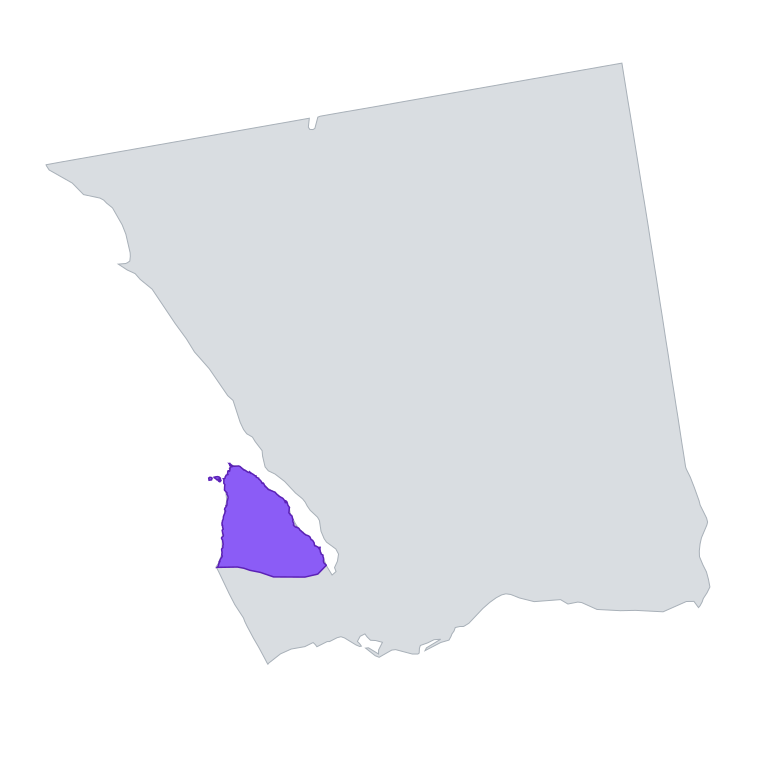 location of Janub Sina' within Egypt, rotated 170°
{"feature_id": "EGY-1557", "entity_name": "Janub Sina'", "entity_type": "Governorate", "adm_level": 1, "iso_a3": "EGY", "parent_name": "Egypt", "parent_adm1": "", "projection": "robinson", "projection_center": [33.959, 28.827], "detail": "fine", "context": "in_parent", "style": "filled", "palette": "violet", "viewbox_px": 768, "rotation_deg": 170, "n_neighbors": 0, "source": "natural_earth", "source_scale": "10m", "svg_char_len": 7781}
<svg xmlns="http://www.w3.org/2000/svg" viewBox="0 0 768 768"><g transform="rotate(170 384 384)"><path d="M678.7,658.6L662.6,658.7L646.4,658.7L630.3,658.7L614.2,658.7L598.0,658.7L581.9,658.7L565.8,658.7L549.6,658.7L533.5,658.7L517.4,658.7L501.2,658.7L485.1,658.7L469.0,658.7L452.8,658.7L436.7,658.7L420.6,658.7L411.4,658.7L412.9,653.6L413.9,650.1L412.9,647.6L409.7,646.9L407.7,647.7L402.8,658.3L400.3,658.8L394.5,658.8L375.8,658.8L357.0,658.7L338.2,658.7L319.4,658.7L300.6,658.7L281.8,658.7L263.1,658.7L244.3,658.7L225.5,658.7L206.7,658.7L187.9,658.7L169.1,658.7L150.3,658.7L131.6,658.7L112.8,658.7L94.0,658.7L94.2,645.9L94.4,633.2L94.6,620.4L94.7,607.6L94.9,594.8L95.1,582.1L95.3,569.3L95.5,556.5L95.7,543.7L95.9,531.0L96.0,518.2L96.2,505.4L96.4,492.6L96.7,479.9L96.9,467.1L97.2,454.3L97.4,441.5L97.7,428.8L98.0,416.0L98.2,403.2L98.5,390.4L98.8,377.7L99.0,364.9L99.3,352.1L99.6,339.3L99.8,326.6L100.1,313.8L100.3,301.0L100.6,288.2L100.9,275.5L101.1,262.7L101.4,249.9L101.0,247.5L98.5,238.9L96.3,227.8L94.0,214.3L93.7,209.9L89.6,195.9L89.3,191.9L90.5,189.1L98.1,177.4L100.5,171.6L102.5,164.8L103.3,159.2L101.4,150.7L99.1,143.0L98.4,135.2L98.3,127.5L102.2,122.2L106.8,117.3L108.5,114.2L111.2,110.8L113.1,109.2L116.5,116.1L124.0,117.3L148.7,111.2L175.6,117.4L190.5,119.7L213.4,125.0L227.2,134.4L231.0,135.6L241.1,135.4L247.6,141.0L273.9,143.6L287.8,149.8L295.7,154.7L300.4,156.2L304.7,155.9L310.4,154.1L317.7,150.6L325.6,145.8L342.0,133.6L347.7,131.4L351.5,132.0L356.1,131.8L358.0,128.5L360.4,126.2L362.0,123.6L364.5,120.5L372.9,119.6L389.9,114.3L388.0,116.8L372.5,122.8L379.1,123.5L385.9,121.5L393.6,120.2L395.0,117.6L396.1,112.9L397.5,112.2L402.9,113.1L418.7,120.4L422.6,120.6L433.8,116.6L436.2,115.7L439.8,117.9L448.0,127.1L445.1,126.9L436.3,119.1L435.5,123.0L430.4,129.9L436.7,132.8L441.8,134.0L444.5,137.8L446.2,141.2L451.3,139.7L454.9,135.1L453.1,132.5L451.8,129.8L453.5,129.7L456.9,131.9L467.0,140.8L470.3,142.6L474.2,142.3L482.4,139.8L484.7,140.2L495.7,136.9L496.9,139.3L498.7,141.7L507.6,139.1L521.4,139.1L532.8,136.2L545.9,129.2L547.0,128.2L547.7,129.9L549.2,134.7L553.2,146.8L556.7,156.3L561.0,169.5L562.4,174.5L563.0,178.0L569.2,192.5L572.9,204.4L575.6,214.1L579.5,228.2L581.1,233.1L578.5,235.7L573.1,244.9L567.3,274.0L559.1,296.8L558.2,311.1L556.9,316.2L552.9,323.5L548.2,330.6L539.7,326.9L525.8,314.4L517.8,302.6L509.2,295.0L501.0,284.9L498.8,277.6L498.9,272.9L495.4,261.5L492.8,256.1L482.9,244.0L480.0,237.5L477.9,234.7L475.7,230.6L472.2,214.9L468.3,204.9L463.8,207.6L464.6,211.8L460.6,217.6L458.3,224.4L460.1,229.9L468.1,238.3L469.8,242.0L471.6,249.9L471.3,260.7L472.6,264.4L478.6,272.4L480.8,277.2L482.1,281.3L484.1,285.0L490.1,292.0L498.8,305.3L507.0,314.3L513.0,318.6L515.5,323.0L516.1,334.2L515.6,339.5L520.8,349.5L522.8,354.6L527.8,358.8L530.2,363.5L532.3,371.2L535.5,394.0L539.9,399.6L553.5,429.5L565.1,448.5L570.7,462.6L579.2,479.9L595.9,517.7L605.9,529.3L609.9,535.9L617.1,540.9L624.9,548.2L617.4,547.5L615.6,548.0L613.0,549.2L611.7,553.6L611.2,557.2L612.2,576.4L614.2,586.2L620.8,604.6L625.7,610.2L628.1,613.8L631.4,616.4L647.0,622.7L656.1,636.0L676.6,652.9L678.6,657.6L678.7,658.6Z" fill="#d9dde1" stroke="#a8b0b8" stroke-width="1"/><path d="M580.2,232.4L579.7,232.7L579.3,233.0L579.0,233.4L578.7,233.9L578.4,234.6L578.2,235.2L578.0,235.6L577.3,235.9L577.5,235.9L577.7,236.0L577.7,236.3L577.3,236.5L577.0,236.8L576.9,237.2L577.0,237.5L576.6,237.6L576.4,237.7L576.4,237.9L576.7,238.2L576.2,238.8L575.0,240.6L574.8,240.8L574.3,241.1L574.0,241.3L573.9,241.7L573.7,242.0L573.5,242.3L573.1,242.6L573.1,242.9L573.5,243.7L573.3,244.5L573.0,245.3L572.7,246.0L572.7,249.0L572.5,249.7L571.9,250.2L571.3,250.6L571.1,250.9L571.0,251.7L570.8,252.6L570.5,253.5L570.1,254.2L570.2,254.9L570.1,258.3L570.2,258.9L570.7,259.6L570.8,260.2L570.6,260.9L570.3,261.2L569.8,261.4L568.8,262.1L568.6,262.4L568.4,263.2L568.5,263.5L568.7,264.7L568.8,268.1L567.5,269.0L567.5,269.4L567.6,269.9L567.8,270.7L567.8,271.5L567.5,272.2L567.7,272.4L567.8,272.6L568.1,273.3L567.7,273.6L567.6,273.9L567.7,274.3L567.8,274.7L567.7,275.3L567.5,275.7L567.2,276.0L566.9,277.3L565.8,278.9L565.1,281.5L563.1,284.6L562.5,286.2L562.5,286.4L562.5,286.5L562.4,286.6L562.2,286.6L562.8,288.3L562.2,289.4L561.1,290.3L560.2,291.3L560.3,291.4L560.5,291.7L559.8,292.0L559.5,292.8L559.0,295.3L558.8,295.9L558.3,296.9L558.2,296.9L558.0,297.5L557.3,299.0L557.2,299.6L557.2,300.6L557.4,301.3L557.6,302.0L557.9,302.6L557.9,302.9L557.5,303.9L557.9,304.7L558.5,305.5L559.0,306.4L559.4,306.9L559.5,307.2L559.5,307.6L559.4,307.9L559.3,308.0L559.2,308.2L559.2,308.9L558.7,310.9L558.2,312.5L559.0,314.1L558.2,318.1L558.6,318.5L557.3,318.7L556.9,318.9L556.8,319.3L556.6,319.8L556.4,320.3L555.8,320.7L555.5,321.5L555.1,321.7L554.7,321.7L554.0,322.0L553.5,322.0L553.6,322.3L553.9,322.5L553.5,323.3L553.0,325.0L552.6,325.6L552.2,325.6L552.1,325.3L551.7,325.1L551.4,324.9L551.0,325.2L550.7,326.5L550.3,327.1L550.7,327.8L550.0,328.4L549.1,328.9L548.4,329.0L548.0,329.0L547.9,329.0L548.1,329.9L548.2,330.2L550.0,330.3L550.0,330.6L549.6,330.6L549.6,331.0L549.9,331.2L550.0,331.5L550.3,332.2L549.8,331.9L549.6,331.8L549.7,332.0L550.0,332.2L550.0,332.6L549.6,332.6L549.4,332.1L548.5,330.9L547.6,329.9L547.2,329.5L546.7,329.3L546.0,329.0L541.3,328.5L540.1,327.7L536.9,323.6L536.6,323.4L536.2,323.5L533.4,320.8L532.8,320.5L532.2,320.4L531.6,320.9L531.0,319.4L530.6,319.7L530.2,319.2L528.5,317.7L528.1,317.5L528.0,317.4L527.8,317.1L527.6,316.6L527.5,316.4L527.1,316.1L526.8,316.0L526.0,315.8L526.0,314.4L523.7,312.9L523.7,311.9L523.0,311.3L522.2,310.1L521.6,308.9L521.7,308.0L521.5,307.8L521.3,307.7L521.1,307.6L521.0,307.2L520.7,307.2L520.7,307.6L520.3,307.6L520.2,307.4L519.8,306.8L519.7,306.7L519.0,303.9L518.7,303.5L518.4,303.7L518.0,303.0L516.8,301.2L516.4,300.3L510.0,296.3L509.7,295.7L508.4,293.6L507.5,292.7L506.9,292.0L506.9,291.7L503.8,289.3L503.3,288.7L503.1,288.3L502.9,287.9L502.5,287.1L502.0,286.5L501.4,286.2L501.8,285.8L501.8,286.2L502.1,286.2L501.8,284.3L501.0,284.2L500.6,285.0L501.4,285.8L500.6,285.5L500.1,284.8L499.9,283.7L499.7,281.4L499.3,280.5L498.5,278.8L499.0,277.6L499.6,275.0L500.1,273.7L499.5,272.9L499.2,272.5L499.0,271.4L498.6,271.1L498.2,270.9L497.8,270.6L497.5,269.5L497.4,267.0L497.2,266.3L497.2,265.9L497.6,265.4L497.7,264.9L497.5,263.6L497.4,263.3L497.2,262.5L497.1,261.6L497.3,261.2L497.7,260.9L497.4,260.1L496.8,259.5L496.5,259.5L496.4,258.9L496.1,258.5L495.7,258.3L495.2,258.5L494.7,257.8L493.4,257.1L492.9,256.6L492.3,255.2L492.2,254.8L492.1,254.5L491.4,253.9L491.2,253.7L490.2,252.3L490.1,252.2L489.7,252.0L489.6,251.9L489.5,251.7L489.4,251.3L489.3,251.1L487.1,248.8L486.3,248.5L485.2,247.9L484.2,247.1L483.6,246.4L483.3,245.5L483.1,244.4L482.8,243.4L482.1,242.9L481.7,242.7L481.4,242.3L480.4,239.8L480.5,237.7L480.3,236.7L479.0,236.1L476.7,234.3L477.0,234.3L476.9,233.9L476.6,233.7L476.4,233.6L476.0,233.6L476.2,233.4L476.3,233.3L476.4,233.1L476.3,232.7L476.0,232.7L475.8,233.2L475.7,233.7L475.8,234.1L476.0,234.3L475.4,234.3L475.8,232.2L475.8,229.6L475.3,227.3L473.8,226.1L473.8,225.8L474.1,225.1L474.0,224.3L473.8,223.5L473.8,222.7L473.9,221.8L474.3,220.7L474.4,220.1L474.4,219.2L474.3,218.5L474.1,218.1L473.8,217.6L472.6,216.1L472.4,215.4L482.2,208.3L495.5,207.6L526.3,213.2L538.6,220.0L548.4,223.8L554.0,226.9L560.1,229.2L580.2,232.4ZM565.9,319.7L566.6,320.4L567.6,321.3L567.6,321.7L565.7,321.8L564.0,321.7L562.6,321.1L561.6,319.8L561.5,319.7L561.6,318.9L561.5,317.8L561.2,317.4L561.4,317.1L561.5,317.1L561.5,317.4L561.7,316.9L562.0,316.6L562.2,316.4L562.6,316.2L563.4,316.7L563.7,317.0L563.9,317.4L562.6,317.6L562.1,317.9L561.9,318.5L562.1,318.8L562.3,319.0L563.1,319.1L564.5,318.9L565.1,318.6L565.3,318.7L565.6,319.1L565.8,319.5L565.9,319.7ZM573.0,319.6L573.0,321.8L571.7,322.4L570.5,322.0L569.6,321.1L570.5,319.5L573.0,319.6Z" fill="#8b5cf6" stroke="#5b21b6" stroke-width="1.5"/></g></svg>